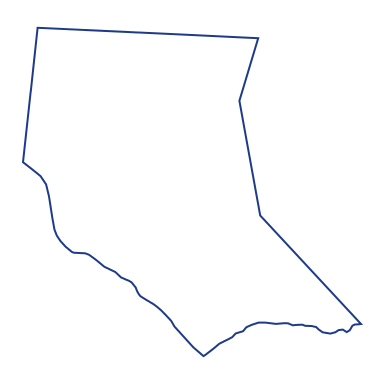 Arvaixeer, Övörhangay, Mongolia (Robinson projection)
{"feature_id": "93677404B27145008288474", "entity_name": "Arvaixeer", "entity_type": "district", "adm_level": 2, "iso_a3": "MNG", "parent_name": "Mongolia", "parent_adm1": "Övörhangay", "projection": "robinson", "projection_center": [102.807, 46.251], "detail": "fine", "context": "isolated", "style": "outline", "palette": "blue", "viewbox_px": 384, "rotation_deg": 0, "n_neighbors": 0, "source": "geoboundaries", "source_scale": "gbopen_adm2", "svg_char_len": 1409}
<svg xmlns="http://www.w3.org/2000/svg" viewBox="0 0 384 384"><path d="M260.2,215.5L239.4,100.8L246.4,77.5L247.3,74.5L258.2,38.2L240.9,37.4L204.2,35.6L200.0,35.4L168.6,33.9L142.8,32.7L141.1,32.6L135.2,32.4L133.9,32.3L37.6,27.8L30.9,90.3L30.6,92.4L23.0,162.2L33.5,170.4L40.6,176.2L46.1,184.4L49.0,196.4L50.7,207.3L51.6,213.2L51.8,214.4L52.2,217.1L54.4,229.3L54.9,230.8L55.7,232.7L56.8,235.6L60.5,241.1L65.4,246.5L71.7,251.8L73.7,252.7L80.9,253.1L85.2,253.3L89.1,254.8L96.3,260.1L104.4,266.8L109.5,269.2L111.5,270.2L115.3,272.0L120.8,277.2L121.0,277.4L124.3,278.8L125.5,279.4L128.8,280.7L131.6,282.4L133.6,284.9L135.7,287.5L137.1,291.2L138.7,294.0L140.2,296.0L142.3,297.4L147.0,300.3L153.7,304.3L157.4,307.1L161.3,310.5L166.1,315.4L171.2,320.9L174.6,326.7L193.3,347.3L203.1,355.8L203.5,356.1L205.1,355.1L213.9,348.3L219.2,343.8L224.5,341.1L227.4,339.7L228.4,339.2L231.4,337.6L232.3,337.1L235.6,333.5L236.3,333.3L239.1,332.4L241.8,331.6L243.1,331.2L246.3,327.3L248.6,326.2L252.1,324.7L258.6,322.6L265.3,322.6L275.9,323.9L284.3,323.2L288.0,323.3L292.8,325.3L296.6,324.9L302.5,324.7L305.1,325.8L311.4,326.0L313.0,326.3L313.6,326.5L316.1,327.0L318.7,329.5L322.6,332.3L330.3,333.6L335.3,332.3L338.6,330.1L342.8,329.6L346.7,332.1L349.7,330.3L350.8,328.5L351.3,327.6L352.4,325.7L352.5,325.6L353.0,325.4L355.0,324.5L358.4,324.3L360.1,324.1L361.0,324.0L260.2,215.5Z" fill="none" stroke="#1e3a8a" stroke-width="2"/></svg>